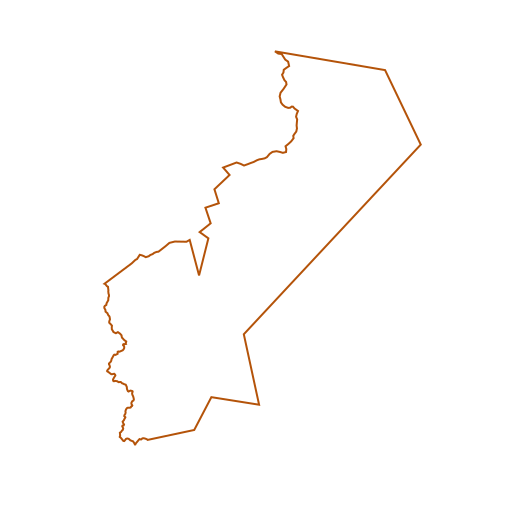 outline of Tambul/Nebilyer District, Western Highlands, Papua New Guinea, rotated 279°
{"feature_id": "67681753B52685318346080", "entity_name": "Tambul/Nebilyer District", "entity_type": "district", "adm_level": 2, "iso_a3": "PNG", "parent_name": "Papua New Guinea", "parent_adm1": "Western Highlands", "projection": "mercator", "projection_center": [144.032, -5.998], "detail": "fine", "context": "isolated", "style": "outline", "palette": "amber", "viewbox_px": 512, "rotation_deg": 279, "n_neighbors": 0, "source": "geoboundaries", "source_scale": "gbopen_adm2", "svg_char_len": 3444}
<svg xmlns="http://www.w3.org/2000/svg" viewBox="0 0 512 512"><g transform="rotate(279 256 256)"><path d="M338.2,209.7L331.9,217.2L315.4,204.5L302.3,211.0L295.8,198.5L281.2,206.1L270.8,196.6L266.0,206.2L227.9,202.8L261.5,188.0L259.2,185.1L257.6,173.6L255.4,168.4L251.4,165.0L245.0,159.0L244.5,157.2L243.2,155.0L241.7,153.6L240.5,151.5L239.0,150.1L237.6,147.3L238.3,145.3L238.8,143.2L239.0,141.0L234.4,139.0L233.3,137.5L231.5,136.1L229.4,134.5L204.9,110.7L204.7,111.5L202.8,113.6L202.5,114.6L199.0,115.6L198.1,115.6L195.8,116.2L194.7,116.8L193.4,117.1L191.7,116.7L189.2,117.0L185.9,115.8L184.2,115.8L183.7,115.2L183.1,114.5L182.0,114.1L180.8,114.4L179.2,115.7L177.5,116.1L176.2,118.3L175.4,118.7L174.3,119.5L173.7,120.4L173.0,120.9L170.9,121.6L170.5,121.7L169.2,121.4L167.7,121.3L166.9,121.7L166.2,122.8L164.7,124.6L162.9,124.7L161.0,125.1L159.7,126.3L158.6,127.1L157.9,129.3L157.8,129.7L159.2,131.5L158.0,133.9L156.6,135.6L155.2,136.0L154.2,136.6L153.7,137.4L152.8,138.4L152.1,139.5L151.3,141.2L150.7,141.2L149.5,140.9L148.8,141.3L148.4,140.1L148.2,138.9L147.8,138.6L147.0,138.7L146.4,139.7L145.5,140.1L144.4,140.2L143.1,139.8L142.0,139.1L140.1,136.1L140.2,135.1L139.8,134.4L137.7,134.6L136.3,132.6L136.4,131.5L135.8,131.0L133.5,130.2L131.7,129.5L129.9,129.4L128.9,129.1L126.8,127.6L125.9,127.8L125.3,128.4L123.6,129.1L122.5,128.8L120.3,127.3L119.1,126.9L118.7,127.3L118.3,128.4L117.1,130.6L116.6,131.6L116.8,132.6L117.5,134.3L116.8,135.4L115.9,135.8L114.0,134.9L111.7,134.1L110.8,134.3L110.1,134.8L110.1,135.4L110.6,136.4L110.6,138.5L110.2,139.3L109.9,140.1L110.2,141.1L110.4,142.1L109.8,143.0L109.3,143.7L109.2,144.6L108.8,145.7L108.5,147.5L107.6,148.1L106.4,148.9L105.0,149.2L104.2,149.5L102.5,150.6L102.2,151.3L103.4,153.0L103.4,153.7L103.2,155.1L102.6,155.4L101.4,155.1L100.6,155.2L99.6,155.6L98.2,156.6L96.4,157.4L95.2,157.8L94.1,157.6L93.1,156.4L91.3,155.9L90.4,156.1L89.8,156.6L89.1,157.2L88.4,157.0L87.8,156.2L86.9,156.0L86.5,155.4L86.0,152.9L85.5,152.3L84.1,151.6L82.3,151.3L81.0,151.7L79.6,151.6L78.1,150.9L77.1,151.0L76.7,151.7L76.3,152.2L75.5,152.0L74.1,151.4L73.1,151.2L72.2,150.6L71.5,150.2L70.7,150.6L69.8,151.2L69.0,152.0L68.0,151.8L67.6,150.7L67.0,150.5L65.0,151.8L63.8,151.7L63.5,151.7L62.9,151.1L61.0,150.2L60.2,149.2L57.4,149.9L56.0,149.7L55.7,150.1L55.5,150.7L52.6,153.9L52.6,154.8L53.5,155.4L55.0,156.2L55.6,157.3L55.5,158.9L54.3,160.7L53.9,162.5L53.7,163.6L52.4,164.8L50.9,165.9L51.0,166.3L52.1,166.6L56.6,169.3L57.0,169.7L56.8,170.5L56.8,171.2L57.3,171.7L58.1,172.3L58.4,173.2L58.4,174.6L58.1,176.2L57.9,177.0L57.4,177.7L74.5,222.2L109.6,234.0L109.6,282.3L128.9,274.8L176.8,256.2L239.1,298.2L332.9,361.5L391.8,401.3L459.8,354.4L461.1,242.7L459.4,246.3L459.5,249.8L457.5,251.5L454.5,254.2L453.0,257.3L448.8,259.0L446.7,256.7L444.3,254.3L441.5,254.4L439.1,253.4L437.0,254.6L434.1,256.6L432.6,258.5L430.2,259.3L425.2,257.0L421.1,254.7L417.3,254.4L414.6,255.6L411.6,256.6L409.6,258.6L407.9,261.5L407.6,263.2L407.3,264.6L407.8,266.6L409.1,267.8L409.3,269.1L407.7,271.0L405.8,274.8L402.6,274.0L399.8,273.8L397.3,275.3L393.8,275.5L391.2,275.7L388.4,276.5L385.2,276.3L382.4,274.8L380.5,274.0L378.2,274.7L374.7,272.8L371.8,270.5L369.0,268.0L366.4,269.2L363.4,269.4L362.1,266.4L362.5,263.5L362.7,259.9L361.4,256.0L359.0,253.5L355.3,251.3L353.8,249.3L352.8,246.7L352.0,244.2L350.7,241.9L348.5,239.0L347.0,236.2L345.4,233.5L343.5,230.0L344.6,226.4L345.3,222.2L338.2,209.7Z" fill="none" stroke="#b45309" stroke-width="2"/></g></svg>